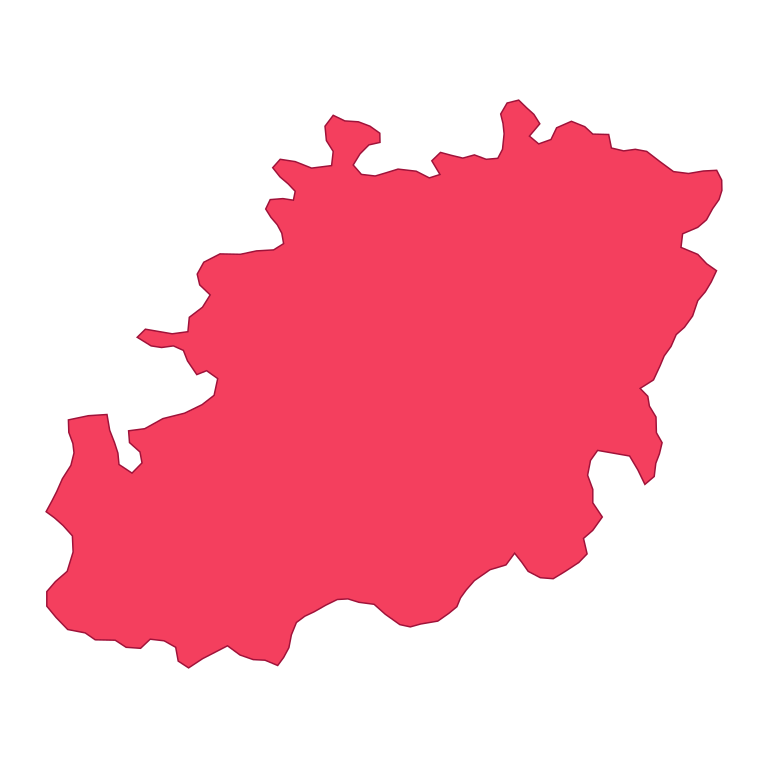 outline of Lagoa Santa, Minas Gerais, Brazil, rotated 270°
{"feature_id": "56859067B90713755743742", "entity_name": "Lagoa Santa", "entity_type": "district", "adm_level": 2, "iso_a3": "BRA", "parent_name": "Brazil", "parent_adm1": "Minas Gerais", "projection": "natural_earth1", "projection_center": [-43.878, -19.626], "detail": "fine", "context": "isolated", "style": "filled", "palette": "rose", "viewbox_px": 768, "rotation_deg": 270, "n_neighbors": 0, "source": "geoboundaries", "source_scale": "gbopen_adm2", "svg_char_len": 2729}
<svg xmlns="http://www.w3.org/2000/svg" viewBox="0 0 768 768"><g transform="rotate(270 384 384)"><path d="M189.3,553.2L196.8,565.5L205.6,578.9L214.1,587.1L229.6,583.5L237.7,592.8L251.0,602.3L265.2,592.8L278.6,592.8L292.8,587.6L307.6,590.5L317.6,597.6L312.0,629.6L298.2,637.8L283.6,644.9L291.5,654.2L304.7,655.8L314.1,659.4L325.3,662.1L335.3,656.4L351.0,656.0L361.9,649.4L371.7,647.8L379.6,640.1L388.1,653.5L402.3,660.1L412.1,664.2L421.5,671.0L433.4,676.2L440.7,684.4L452.0,692.6L467.4,697.8L476.2,705.3L486.0,711.2L497.3,716.5L504.2,706.7L513.6,697.8L520.6,681.0L534.2,682.6L540.7,697.8L548.2,706.5L559.3,712.6L568.4,719.0L577.6,721.9L587.9,721.7L597.7,716.7L597.0,703.3L594.5,688.5L596.4,673.5L606.4,659.9L616.6,646.7L618.7,635.3L617.1,623.7L620.0,611.4L633.5,608.7L633.9,592.8L641.3,584.8L646.7,571.4L640.2,556.6L628.5,551.0L624.1,538.7L631.9,529.4L644.2,539.8L653.6,533.9L660.4,526.4L667.9,518.7L665.0,507.1L654.0,500.7L644.6,503.0L634.2,504.1L618.7,502.5L609.7,497.8L608.7,486.2L613.1,474.4L609.9,462.8L612.7,451.2L615.6,440.5L607.2,431.8L593.5,440.0L590.1,429.3L596.8,416.2L598.9,398.0L595.1,385.7L592.0,375.2L593.6,361.4L603.0,353.2L614.1,360.0L623.1,368.9L625.6,380.0L634.8,379.8L641.8,370.0L646.2,358.4L647.1,344.8L652.7,333.2L641.8,325.0L627.4,326.4L616.6,333.2L602.4,331.6L599.9,311.6L606.4,295.2L608.7,280.2L600.3,272.7L591.1,280.0L584.1,288.2L576.7,295.2L567.8,293.4L569.4,282.9L568.4,270.2L559.0,265.7L550.7,270.9L543.2,277.3L534.8,281.8L524.4,283.6L518.1,273.6L517.1,256.4L513.7,240.4L514.1,220.0L505.8,203.8L493.9,197.2L483.1,199.7L473.1,210.2L460.8,202.5L450.7,189.3L436.3,187.9L434.2,172.2L438.8,145.4L430.7,137.2L422.1,151.1L420.5,161.6L422.1,173.4L417.6,183.4L407.1,187.5L393.4,196.8L397.3,206.6L389.4,217.7L372.7,214.1L363.3,202.0L354.8,184.5L349.4,162.9L339.3,144.7L337.2,128.6L325.4,129.5L316.0,140.0L305.1,142.0L294.9,132.0L303.5,119.0L314.9,117.9L325.4,114.5L337.7,109.7L353.5,107.0L352.3,88.4L348.1,68.4L335.6,68.8L324.5,72.9L315.1,74.0L302.6,70.9L289.3,62.4L276.6,56.8L267.2,52.0L256.3,46.1L250.3,54.3L242.5,63.1L232.1,72.4L216.0,73.1L196.7,67.2L186.4,55.4L176.4,46.8L161.8,46.8L150.5,56.1L138.5,67.7L135.1,85.2L128.2,95.2L127.8,115.2L120.7,126.1L119.7,140.6L128.8,150.2L127.2,164.1L120.7,175.7L106.9,178.2L100.1,188.6L109.4,202.7L116.3,216.1L122.2,227.5L113.0,240.0L108.4,253.2L107.8,265.0L102.5,277.7L110.5,283.6L120.3,288.9L133.2,291.4L145.5,296.4L151.8,304.8L156.2,314.1L162.8,325.7L168.5,337.3L169.1,348.0L165.7,358.9L163.7,374.1L153.8,385.2L143.4,399.8L141.1,410.3L144.0,420.7L146.9,437.8L154.7,448.9L161.3,456.9L170.1,460.5L178.0,466.2L187.4,474.4L198.3,490.0L203.1,506.0L214.8,514.6L206.0,521.6L196.6,528.2L190.3,540.3L189.3,553.2Z" fill="#f43f5e" stroke="#9f1239" stroke-width="1.5"/></g></svg>